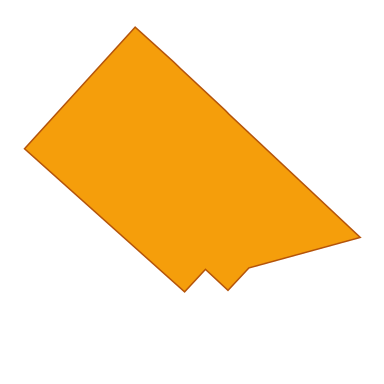 the district of De Witt, Illinois, United States of America, rotated 43°
{"feature_id": "52423323B29200819911561", "entity_name": "De Witt", "entity_type": "district", "adm_level": 2, "iso_a3": "USA", "parent_name": "United States of America", "parent_adm1": "Illinois", "projection": "equal_earth", "projection_center": [-88.9, 40.166], "detail": "fine", "context": "isolated", "style": "filled", "palette": "amber", "viewbox_px": 384, "rotation_deg": 43, "n_neighbors": 0, "source": "geoboundaries", "source_scale": "gbopen_adm2", "svg_char_len": 309}
<svg xmlns="http://www.w3.org/2000/svg" viewBox="0 0 384 384"><g transform="rotate(43 192 192)"><path d="M40.0,274.6L254.7,270.1L254.6,239.4L285.4,239.4L285.4,208.7L346.0,110.5L165.7,109.9L161.0,109.6L99.2,109.6L89.9,109.4L38.0,110.2L40.0,274.6Z" fill="#f59e0b" stroke="#b45309" stroke-width="1.5"/></g></svg>